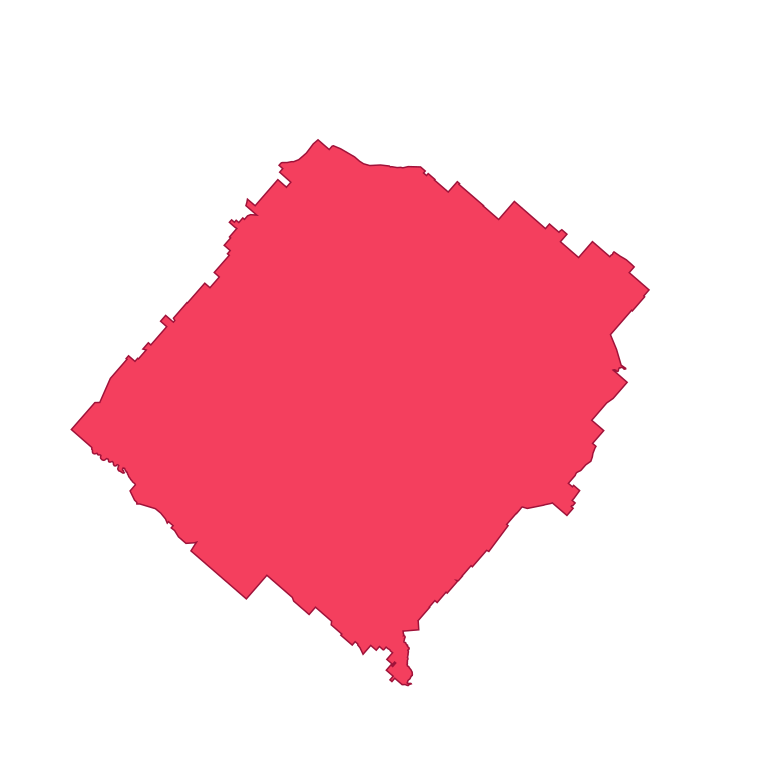 the district of Kojonup, Western Australia, Australia, rotated 221°
{"feature_id": "25037944B18898865249121", "entity_name": "Kojonup", "entity_type": "district", "adm_level": 2, "iso_a3": "AUS", "parent_name": "Australia", "parent_adm1": "Western Australia", "projection": "natural_earth1", "projection_center": [116.95, -33.925], "detail": "fine", "context": "isolated", "style": "filled", "palette": "rose", "viewbox_px": 768, "rotation_deg": 221, "n_neighbors": 0, "source": "geoboundaries", "source_scale": "gbopen_adm2", "svg_char_len": 6075}
<svg xmlns="http://www.w3.org/2000/svg" viewBox="0 0 768 768"><g transform="rotate(221 384 384)"><path d="M245.7,628.9L272.0,628.9L272.0,636.5L275.7,636.7L282.5,636.7L285.0,636.3L289.6,635.4L297.1,634.6L297.1,632.9L296.5,631.7L297.1,630.5L297.1,628.2L320.1,628.2L320.1,607.1L344.2,607.1L344.2,617.1L351.0,617.1L351.5,615.0L351.5,613.3L364.1,613.3L364.1,607.2L405.4,607.3L405.4,583.4L425.9,583.4L425.9,583.9L458.4,583.8L458.4,584.8L461.4,584.8L461.5,571.0L479.7,571.0L479.7,571.8L488.7,571.8L488.7,569.2L492.6,569.2L492.6,571.8L498.8,571.8L508.4,563.9L511.6,559.5L513.5,558.5L516.0,556.0L520.7,553.1L521.7,552.0L523.0,552.0L530.3,547.0L538.1,539.5L543.9,536.8L548.6,536.1L555.1,536.1L570.9,533.1L578.5,530.6L579.2,529.4L579.2,525.0L594.0,525.0L594.9,518.9L594.1,507.3L595.5,497.4L598.1,492.4L599.6,491.2L602.4,487.6L606.0,484.4L606.5,483.7L606.7,482.7L606.7,480.2L601.7,480.1L601.7,475.4L586.7,475.2L586.7,468.8L587.5,468.7L587.3,468.5L598.2,468.6L598.2,434.0L608.3,433.9L606.6,431.0L605.2,428.0L590.8,428.0L595.8,424.3L597.3,421.4L597.3,416.7L599.5,416.7L599.5,410.6L603.0,410.6L603.0,407.9L606.7,407.9L606.8,404.6L599.6,404.5L597.1,404.8L597.1,393.6L595.6,393.6L595.6,383.8L587.6,383.8L587.6,379.6L585.2,379.6L585.3,356.8L578.5,356.7L578.5,342.5L585.4,342.5L585.5,316.1L586.1,316.1L586.1,295.5L583.5,294.7L583.5,292.5L593.8,292.5L593.8,284.8L585.6,284.7L585.6,260.5L588.9,260.5L588.9,252.2L585.8,253.7L585.8,241.9L586.8,241.8L586.8,237.7L595.3,237.7L595.3,234.0L594.2,234.0L594.2,208.7L586.4,183.6L590.0,180.3L590.1,144.5L562.9,144.4L561.7,143.0L560.8,142.8L560.1,142.3L559.5,141.4L558.1,140.8L557.1,141.1L556.7,141.3L555.6,142.6L555.2,143.4L554.3,143.3L553.8,142.9L553.5,142.9L553.1,143.0L551.8,144.2L551.2,144.4L550.5,144.1L550.3,143.3L549.6,142.4L548.9,142.0L547.0,141.8L545.6,142.4L545.0,143.2L544.7,144.1L544.5,145.6L544.3,145.9L543.5,146.0L543.0,146.3L542.5,146.2L540.9,144.8L540.5,144.8L540.0,145.0L539.8,145.3L539.5,145.3L538.5,146.9L538.3,147.2L537.9,147.3L536.6,147.0L535.4,145.8L534.7,145.5L534.0,145.6L533.8,145.4L533.1,145.8L532.6,146.4L532.4,148.1L531.4,148.5L530.8,148.5L530.6,148.2L530.5,147.8L530.3,147.1L530.0,146.8L529.4,145.4L529.1,145.1L528.3,144.8L527.5,144.5L527.1,144.5L525.8,145.0L522.9,145.4L522.5,145.6L521.8,146.3L521.8,146.6L523.0,147.0L523.7,147.6L524.6,147.4L524.9,147.5L525.6,148.3L525.6,148.7L525.7,149.0L525.8,149.5L525.0,149.5L524.7,150.1L524.3,150.2L523.5,149.6L521.7,149.0L521.0,148.6L520.8,148.6L520.5,148.9L520.1,148.6L519.3,148.5L518.4,147.8L517.4,147.5L516.2,146.8L515.0,146.4L514.0,146.3L512.3,145.7L510.7,145.6L509.7,145.2L506.7,145.3L505.5,144.8L505.5,136.7L496.1,132.7L492.9,132.5L491.8,131.3L489.5,133.3L474.8,139.9L467.9,140.1L460.4,138.8L456.3,136.8L456.3,138.7L450.2,138.7L450.2,135.8L445.9,136.0L438.8,133.8L428.9,133.8L422.8,139.9L421.7,141.6L421.1,137.1L420.2,131.4L346.9,131.5L346.9,162.8L313.2,162.8L309.7,160.9L289.3,160.9L289.3,170.6L267.9,170.6L265.9,167.6L252.0,167.6L251.8,167.6L251.8,166.1L242.7,166.1L236.7,166.1L236.7,170.6L233.2,170.6L232.6,169.8L229.1,169.2L222.5,166.3L222.5,178.0L215.2,178.0L215.2,182.9L210.3,182.8L209.8,183.2L209.8,186.8L207.4,186.8L205.4,187.3L204.2,186.8L201.2,186.8L201.2,178.0L193.6,178.0L193.6,181.1L192.1,181.1L192.1,176.5L194.5,176.5L194.5,169.5L185.4,169.5L185.4,164.6L182.8,164.6L182.8,169.0L173.0,169.0L172.8,169.4L172.1,169.8L171.5,170.5L170.7,171.1L168.6,171.8L167.9,172.3L167.8,172.8L167.9,173.2L167.8,173.8L166.7,175.6L167.0,175.7L168.0,175.2L168.3,174.6L169.2,174.1L169.4,173.6L170.2,173.5L170.7,174.0L170.8,174.8L171.3,175.6L171.4,176.2L171.3,176.6L171.2,177.6L171.0,178.1L171.1,179.0L171.3,179.7L171.5,180.0L171.6,180.6L171.6,181.4L171.8,181.5L171.6,182.6L171.9,182.9L172.0,183.2L171.9,183.2L172.1,183.5L172.4,183.8L172.6,183.9L173.1,184.3L173.2,184.6L174.4,185.4L174.9,185.4L176.1,186.0L177.4,186.2L177.6,186.2L178.1,186.4L178.8,186.4L179.2,186.6L179.3,186.8L179.8,186.8L180.3,186.9L180.5,186.7L181.4,186.6L182.0,187.2L182.5,187.3L182.6,187.6L182.8,187.8L182.7,188.0L182.9,188.4L183.6,188.9L183.9,189.3L183.9,189.5L184.3,189.8L184.4,190.1L185.1,190.8L185.3,191.8L185.9,192.6L186.3,192.9L186.9,193.0L187.2,193.7L187.5,194.0L188.0,195.1L188.2,195.3L188.2,195.5L188.7,195.8L188.8,196.3L189.2,196.6L189.4,197.1L189.7,197.4L189.7,197.7L190.2,198.2L191.3,198.6L191.2,199.0L191.3,199.0L191.3,199.6L191.5,199.7L191.5,200.0L191.7,200.3L191.4,200.0L191.2,200.1L191.2,200.4L191.5,200.7L191.6,201.0L192.3,201.4L194.0,201.3L194.7,202.0L194.8,202.3L195.2,202.3L195.3,202.1L195.1,202.0L195.2,201.9L195.7,202.1L197.2,202.4L197.4,202.7L197.8,202.9L198.6,202.8L199.0,202.4L199.8,202.4L200.3,203.1L200.9,204.5L201.6,205.2L201.6,205.6L201.6,206.1L201.7,206.4L202.0,206.5L202.3,207.1L202.7,207.3L203.4,207.3L203.8,207.1L204.1,207.1L204.4,207.4L204.4,207.6L204.6,207.6L204.6,207.4L205.2,208.2L206.1,208.6L206.9,209.6L207.5,210.0L196.5,221.3L202.8,227.7L203.0,227.7L203.0,245.4L203.5,245.4L203.5,253.9L200.5,253.9L200.6,267.6L199.1,267.6L199.1,283.3L200.5,283.3L198.8,284.3L198.8,290.4L199.1,290.4L199.1,304.0L197.4,304.0L197.4,325.8L195.0,326.4L197.4,358.5L199.3,358.5L199.3,373.1L199.0,373.1L199.0,376.9L199.2,381.4L198.8,382.0L194.2,384.1L183.8,397.6L183.8,397.9L179.7,403.3L179.4,403.8L179.0,404.7L159.7,404.8L159.7,414.3L162.3,414.3L162.4,414.5L162.4,415.4L161.7,416.1L161.7,419.6L165.6,419.6L165.6,422.4L166.4,431.9L174.4,431.9L174.4,430.0L179.7,430.0L179.7,440.3L180.3,442.1L180.5,443.4L179.7,445.7L179.0,447.1L178.7,448.3L178.7,455.3L177.2,461.4L178.9,465.6L180.8,468.7L182.7,473.9L183.1,476.0L187.6,476.0L187.6,493.0L203.4,492.9L203.5,515.8L201.6,523.5L201.6,544.8L220.3,544.8L220.0,545.4L219.2,546.1L218.0,546.5L217.8,546.2L217.2,546.3L216.1,546.5L215.8,546.8L215.7,547.2L216.0,547.9L216.0,548.1L216.6,549.0L216.8,549.6L216.8,550.3L217.0,550.6L216.6,551.1L216.0,551.4L216.0,552.0L215.5,552.4L215.2,552.9L215.0,553.0L214.5,552.8L214.2,552.9L213.8,552.8L213.3,553.1L213.0,553.1L212.8,552.8L212.5,552.7L211.5,553.9L211.9,554.4L217.4,553.8L231.1,562.6L245.5,569.8L245.5,602.1L244.5,602.1L244.5,620.8L245.7,620.9L245.7,628.9Z" fill="#f43f5e" stroke="#9f1239" stroke-width="1.5"/></g></svg>